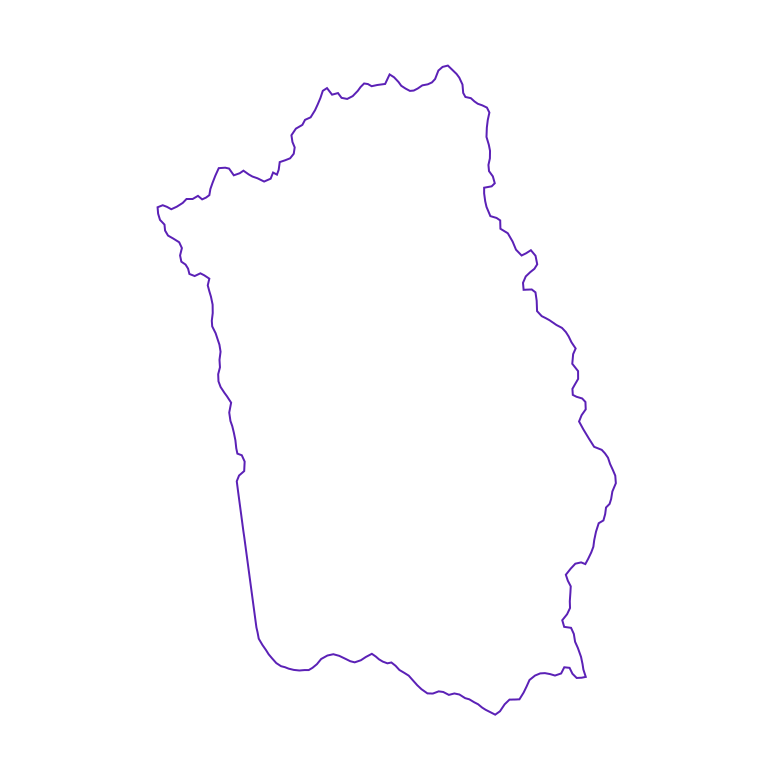 outline of Ibipitanga, Bahia, Brazil, rotated 184°
{"feature_id": "56859067B29020946522479", "entity_name": "Ibipitanga", "entity_type": "district", "adm_level": 2, "iso_a3": "BRA", "parent_name": "Brazil", "parent_adm1": "Bahia", "projection": "equal_earth", "projection_center": [-42.363, -12.868], "detail": "fine", "context": "isolated", "style": "outline", "palette": "violet", "viewbox_px": 768, "rotation_deg": 184, "n_neighbors": 0, "source": "geoboundaries", "source_scale": "gbopen_adm2", "svg_char_len": 3871}
<svg xmlns="http://www.w3.org/2000/svg" viewBox="0 0 768 768"><g transform="rotate(184 384 384)"><path d="M185.3,383.4L191.1,384.7L194.9,386.3L195.7,392.3L193.6,396.7L190.7,402.6L191.3,410.4L197.6,417.3L197.4,427.0L195.3,432.8L199.9,438.7L203.1,444.3L206.2,448.5L210.4,452.4L216.1,454.9L223.6,459.3L227.3,461.0L231.4,462.7L236.4,467.4L237.5,477.7L239.3,486.0L243.2,488.6L247.0,488.2L251.3,487.7L252.4,494.6L250.1,501.2L246.0,505.7L242.0,509.4L239.5,514.1L241.8,522.5L246.8,527.7L251.4,524.3L255.7,521.8L261.7,527.2L265.6,535.0L271.0,543.0L278.7,547.0L279.5,555.3L283.3,557.5L289.6,558.9L294.1,567.8L295.8,573.4L297.4,581.1L297.8,586.8L290.4,588.7L287.5,592.0L289.9,598.7L294.1,603.7L295.1,609.8L294.1,616.5L294.5,624.0L296.1,629.9L299.0,637.6L299.3,647.0L298.9,654.6L297.8,662.1L300.6,666.9L305.3,668.8L310.0,670.1L313.5,672.2L317.3,675.2L322.8,676.0L325.3,679.9L326.6,688.2L330.3,694.9L333.2,698.3L337.7,702.1L342.5,706.1L347.7,704.4L351.6,700.5L354.3,691.8L357.2,688.2L361.2,686.0L366.6,684.6L371.0,681.1L374.8,678.8L378.6,678.2L383.1,680.2L387.6,682.7L390.6,686.3L395.4,690.7L400.0,693.2L403.8,683.4L411.6,681.8L417.1,680.2L421.0,682.1L424.8,682.4L428.1,678.6L430.6,674.6L435.3,669.0L440.6,665.8L446.3,666.5L450.2,671.0L456.0,669.0L461.5,675.2L465.5,672.2L467.4,664.8L469.6,658.4L471.9,652.3L475.8,644.9L481.2,642.0L483.5,636.8L489.7,632.6L493.7,625.7L492.2,619.0L489.6,613.8L490.1,607.4L493.4,602.6L498.2,600.3L503.5,598.1L504.0,590.3L505.4,585.4L509.4,587.2L511.4,580.9L517.7,577.6L524.6,580.4L529.8,581.8L533.5,583.6L539.1,587.0L542.6,584.2L548.4,581.7L553.6,588.1L557.5,588.7L563.9,587.8L566.8,580.0L569.1,572.6L570.8,566.4L571.4,560.2L574.6,557.5L578.3,555.5L582.7,558.7L587.8,555.2L593.9,554.8L597.4,550.6L603.1,546.4L608.4,543.5L612.9,545.6L617.2,546.9L622.2,544.5L621.2,538.1L618.9,532.1L614.1,527.7L613.1,521.8L609.8,517.0L604.4,514.4L598.2,511.1L595.1,505.5L596.4,498.0L594.7,491.9L590.3,489.3L587.5,485.4L585.8,480.2L580.4,478.5L574.9,481.6L570.9,479.9L565.6,476.9L566.7,470.1L564.7,464.3L562.7,459.0L560.5,451.2L559.8,442.8L560.2,435.1L559.4,429.5L555.5,422.9L552.8,416.3L550.9,411.7L549.3,404.8L549.8,396.6L548.8,389.2L550.1,382.2L549.3,375.1L546.8,369.6L542.6,364.1L539.8,360.8L535.2,354.7L536.4,344.7L534.6,336.4L532.4,331.3L530.4,325.0L528.3,317.4L526.9,309.6L525.4,304.3L520.9,303.0L517.6,296.9L517.4,287.4L522.2,282.6L524.1,276.7L521.6,264.3L517.0,242.0L514.1,227.8L512.7,221.4L494.3,132.3L492.8,127.4L491.2,121.2L487.0,115.1L483.2,110.4L480.2,106.3L476.6,102.6L472.0,98.1L467.0,95.3L463.1,94.6L459.3,93.4L454.0,92.5L448.4,92.3L443.2,93.1L439.1,93.4L435.5,95.9L431.4,99.8L427.5,105.3L421.5,109.2L415.7,110.9L409.7,109.7L402.9,107.0L398.3,105.1L393.8,104.3L387.8,106.8L383.1,110.4L377.3,114.0L373.1,111.5L369.8,109.0L365.9,107.0L361.1,105.6L357.2,106.7L352.8,103.7L348.7,99.8L343.7,97.3L339.0,94.8L334.2,90.1L329.9,85.9L325.4,82.2L319.1,78.4L313.7,78.6L308.0,81.2L303.4,80.9L297.6,78.4L292.2,80.2L287.1,79.5L281.2,76.3L276.9,75.4L271.8,72.8L267.8,71.1L263.6,68.1L259.9,66.1L255.4,64.2L250.0,61.9L245.5,65.6L241.3,72.9L236.8,77.9L231.2,78.4L226.9,78.9L223.2,85.9L220.7,92.1L218.2,98.9L213.0,103.7L208.0,106.2L203.3,106.8L198.1,106.2L193.1,105.1L187.1,107.6L184.4,114.0L179.1,113.8L175.8,108.1L171.3,104.2L166.3,104.8L162.3,105.9L165.2,113.1L166.4,118.4L168.4,125.5L172.2,134.2L175.4,140.2L177.2,147.9L180.4,153.8L187.3,154.3L189.7,160.8L185.3,167.1L182.8,173.5L183.5,180.2L183.5,188.8L183.6,195.2L186.9,200.6L189.3,206.4L184.9,212.8L180.6,218.1L174.9,219.8L170.6,218.4L168.2,223.7L165.5,230.5L163.8,236.2L163.4,242.9L162.2,251.5L160.1,260.1L155.6,263.2L154.3,269.6L153.9,276.3L150.6,280.1L149.4,285.1L148.7,292.7L145.8,301.2L146.9,308.7L149.6,314.0L152.9,320.0L155.4,326.1L158.7,330.2L162.2,333.5L170.0,336.0L175.6,343.6L182.0,352.7L186.8,360.2L184.7,366.7L181.0,372.8L181.8,380.1L185.3,383.4Z" fill="none" stroke="#5b21b6" stroke-width="2"/></g></svg>